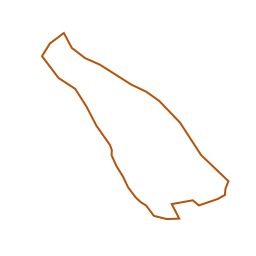 an SVG outline of Lyantonde, rotated 137°
{"feature_id": "UGA-5618", "entity_name": "Lyantonde", "entity_type": "District", "adm_level": 1, "iso_a3": "UGA", "parent_name": "Uganda", "parent_adm1": "", "projection": "equal_earth", "projection_center": [31.198, -0.28], "detail": "fine", "context": "isolated", "style": "outline", "palette": "amber", "viewbox_px": 256, "rotation_deg": 137, "n_neighbors": 0, "source": "natural_earth", "source_scale": "10m", "svg_char_len": 561}
<svg xmlns="http://www.w3.org/2000/svg" viewBox="0 0 256 256"><g transform="rotate(137 128 128)"><path d="M102.8,12.9L110.8,14.9L128.9,23.0L130.0,31.0L147.9,42.5L152.3,26.8L161.8,35.0L169.0,46.1L167.6,58.8L169.3,65.4L169.7,72.2L168.4,84.6L164.9,95.5L162.4,108.1L158.6,119.3L155.0,122.7L152.8,127.8L149.6,151.0L143.8,171.8L139.9,192.5L144.7,211.9L141.9,239.2L127.4,243.1L110.1,241.2L114.5,224.9L111.7,208.3L105.4,193.5L95.9,157.2L89.9,142.1L86.7,126.3L86.3,96.4L93.0,58.5L90.8,20.6L98.2,17.1L102.8,12.9Z" fill="none" stroke="#b45309" stroke-width="2"/></g></svg>